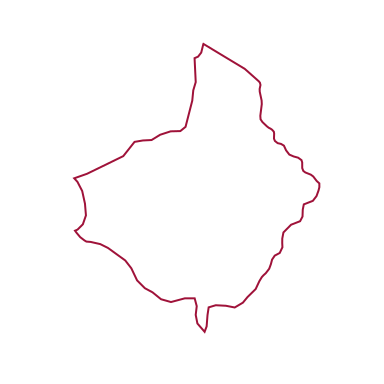 an SVG outline of Séno, rotated 341°
{"feature_id": "BFA-2876", "entity_name": "Séno", "entity_type": "Province", "adm_level": 1, "iso_a3": "BFA", "parent_name": "Burkina Faso", "parent_adm1": "", "projection": "equal_earth", "projection_center": [0.057, 13.966], "detail": "fine", "context": "isolated", "style": "outline", "palette": "rose", "viewbox_px": 384, "rotation_deg": 341, "n_neighbors": 0, "source": "natural_earth", "source_scale": "10m", "svg_char_len": 1485}
<svg xmlns="http://www.w3.org/2000/svg" viewBox="0 0 384 384"><g transform="rotate(341 192 192)"><path d="M251.0,55.7L282.0,92.8L291.2,109.1L291.8,110.7L291.6,113.1L289.5,116.6L288.7,119.2L287.6,128.2L286.6,131.6L281.4,142.2L280.5,145.6L281.4,148.9L284.2,154.3L285.5,156.3L286.9,157.7L288.0,159.2L289.0,161.6L288.7,163.5L286.9,168.2L287.0,170.7L288.9,173.7L291.8,175.5L294.0,178.1L294.5,183.2L296.2,188.3L299.7,191.5L303.5,194.1L305.9,197.5L305.8,200.0L304.0,205.3L304.1,208.3L305.5,210.4L310.0,214.3L311.7,216.8L313.5,222.2L315.2,225.3L314.0,228.9L312.1,231.8L308.4,236.4L303.4,239.7L293.7,240.1L291.0,244.7L288.5,251.2L284.7,254.8L275.0,255.2L265.3,260.0L262.2,265.4L260.7,269.6L259.5,273.7L255.1,278.2L249.5,279.1L245.7,282.0L243.1,285.9L240.0,289.7L235.3,292.8L232.5,294.0L230.3,295.2L226.7,298.2L220.6,304.5L210.3,309.4L204.1,313.2L194.8,315.1L187.0,310.6L177.6,306.8L170.2,306.5L166.6,313.4L162.1,323.8L158.4,328.3L154.3,318.1L155.5,309.4L159.3,301.5L159.9,293.4L150.5,290.2L136.3,289.2L127.8,283.3L122.0,274.0L116.1,267.6L111.3,257.7L109.8,244.4L106.6,235.0L94.3,217.5L88.3,211.4L79.9,206.2L76.0,204.5L74.5,202.7L71.6,198.3L69.6,193.1L68.8,190.5L71.5,190.3L78.3,187.0L84.1,179.6L87.0,168.2L88.5,155.3L87.0,145.1L85.1,140.7L98.7,140.6L138.7,135.7L154.0,125.9L162.4,127.3L170.7,129.7L180.5,127.5L191.6,127.7L200.8,130.6L207.1,128.3L222.0,105.7L226.3,96.3L231.3,89.3L238.0,66.3L241.8,66.0L246.1,63.2L250.9,55.8L251.0,55.7Z" fill="none" stroke="#9f1239" stroke-width="2"/></g></svg>